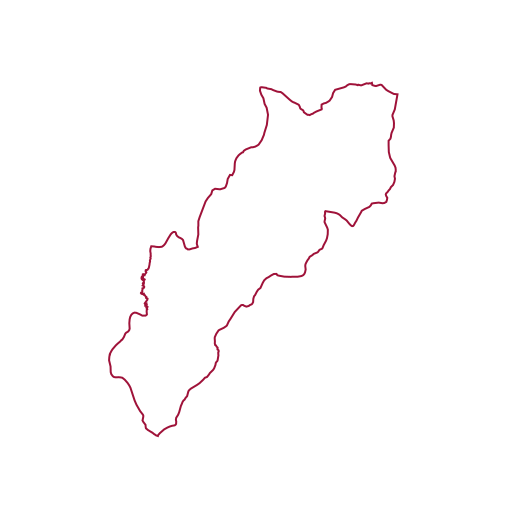 Sekadau, Kalimantan Barat, Indonesia, rotated 198°
{"feature_id": "22746128B16160803458764", "entity_name": "Sekadau", "entity_type": "district", "adm_level": 2, "iso_a3": "IDN", "parent_name": "Indonesia", "parent_adm1": "Kalimantan Barat", "projection": "orthographic", "projection_center": [111.051, 0.054], "detail": "fine", "context": "isolated", "style": "outline", "palette": "rose", "viewbox_px": 512, "rotation_deg": 198, "n_neighbors": 0, "source": "geoboundaries", "source_scale": "gbopen_adm2", "svg_char_len": 6104}
<svg xmlns="http://www.w3.org/2000/svg" viewBox="0 0 512 512"><g transform="rotate(198 256 256)"><path d="M304.0,417.2L303.3,414.4L300.8,411.1L297.7,408.3L294.8,403.3L291.7,400.3L288.2,394.0L286.2,384.0L286.1,375.6L285.9,373.7L286.4,367.9L287.9,362.8L288.7,361.7L290.5,359.8L292.5,358.5L294.2,357.9L298.6,354.2L300.1,352.3L300.4,350.6L301.3,350.0L302.9,347.7L303.7,346.3L304.8,343.1L305.0,341.4L305.1,339.6L304.8,337.6L303.1,331.2L303.0,329.2L303.6,325.5L305.8,325.1L306.7,320.5L306.1,316.4L306.2,312.6L306.9,311.0L310.8,308.3L315.7,307.3L317.8,304.9L317.7,301.0L319.7,296.3L320.8,292.3L321.6,275.7L321.6,271.3L320.2,267.1L319.9,265.4L317.5,258.6L316.7,252.1L316.2,249.7L315.7,248.7L314.2,246.7L316.4,244.8L318.7,243.6L321.3,241.7L322.9,241.2L323.9,241.6L324.8,241.6L325.6,242.1L326.0,242.6L326.4,242.8L330.3,248.6L331.6,249.3L333.3,249.7L335.2,249.9L337.1,250.6L338.6,251.8L339.1,252.9L339.8,253.6L340.4,253.8L340.9,253.7L341.9,253.3L342.3,252.9L343.1,251.8L343.8,250.3L344.9,245.9L346.1,239.8L346.9,237.8L348.0,236.1L348.6,235.6L351.0,234.5L353.9,233.8L355.7,233.6L358.6,232.9L358.6,230.2L358.1,228.0L356.9,225.7L356.5,224.3L356.0,223.4L356.0,221.8L355.5,221.3L355.5,218.9L355.0,217.9L355.0,216.7L354.6,214.7L354.3,211.8L354.4,210.7L354.6,210.5L354.9,209.4L355.5,208.9L356.3,208.7L356.5,208.4L356.3,207.4L355.3,206.7L355.2,206.4L355.8,204.9L356.0,203.4L357.6,203.9L358.0,203.6L357.9,203.2L357.4,203.1L357.3,202.6L358.2,201.0L358.1,199.6L357.5,198.7L357.3,198.6L356.9,198.7L356.9,199.2L357.2,199.5L357.4,200.1L357.2,200.8L356.9,201.0L356.3,199.0L356.3,198.2L356.0,198.1L354.9,199.4L354.6,199.3L354.6,199.1L355.1,198.5L355.2,198.2L354.2,195.7L354.2,195.1L354.4,195.0L355.1,195.3L355.2,195.0L353.9,193.6L353.9,193.3L354.5,193.2L354.6,192.9L353.7,192.8L352.8,192.2L352.7,191.8L352.8,191.1L354.0,190.1L353.6,189.4L353.6,188.1L353.2,187.3L353.1,186.8L353.3,186.1L354.0,185.6L354.0,185.2L353.3,184.7L352.1,184.7L351.8,184.9L351.6,185.3L351.0,185.5L350.6,184.4L349.6,184.4L348.5,183.4L347.6,183.2L347.4,182.8L347.6,182.2L347.4,182.0L346.0,181.9L345.8,180.8L347.2,176.5L346.9,176.2L345.5,176.8L345.5,175.9L345.6,175.5L346.0,175.1L346.0,174.6L345.6,174.7L345.2,175.4L344.8,175.5L344.8,174.3L343.5,174.1L343.5,173.6L344.3,173.5L344.4,173.1L343.0,171.7L343.3,171.3L343.3,170.9L343.0,170.2L342.9,169.5L341.7,166.7L341.9,166.1L342.6,165.2L345.5,164.2L346.1,164.2L348.0,164.6L352.2,165.0L354.1,164.6L355.5,163.3L356.4,161.6L356.8,159.3L356.6,156.7L355.7,152.9L353.7,147.8L353.7,146.2L354.3,144.6L355.8,142.9L356.3,141.8L356.6,138.1L357.4,135.0L357.9,134.7L358.7,132.8L360.5,129.9L361.7,127.7L363.6,123.1L364.1,121.3L364.7,117.8L364.7,117.2L364.4,117.0L364.5,115.8L364.2,114.2L363.5,111.4L360.2,106.0L358.3,100.7L357.1,98.9L355.0,97.4L353.6,97.0L351.8,97.3L349.1,98.3L347.3,98.7L345.5,98.9L342.6,97.8L338.9,95.6L336.5,93.7L334.7,91.9L326.8,81.1L323.7,77.6L318.3,72.7L314.6,70.2L314.0,69.6L313.7,68.9L313.5,68.1L313.1,64.5L311.8,63.3L308.9,61.3L308.1,59.3L307.4,58.1L305.0,57.1L299.5,55.8L297.8,55.1L297.5,55.1L295.6,54.5L294.5,54.5L293.7,54.5L293.8,55.2L292.7,57.8L289.8,62.7L287.3,65.4L285.3,67.2L283.3,68.6L281.0,69.8L280.4,70.6L280.1,71.6L280.7,73.9L281.6,75.5L281.9,77.5L281.0,80.9L280.8,83.7L281.1,90.2L280.8,93.0L280.8,94.2L280.3,96.2L279.6,97.2L279.1,99.4L278.2,101.4L278.5,106.5L278.0,108.0L276.9,109.8L272.3,115.1L270.4,117.6L267.9,122.2L267.0,124.4L265.2,125.8L264.1,128.7L263.7,130.4L261.6,134.4L261.1,136.2L260.9,139.9L261.2,141.8L260.9,143.1L260.4,143.9L260.3,145.0L261.1,150.2L261.7,151.2L261.8,152.0L262.2,152.8L262.0,153.3L262.1,154.1L262.7,154.9L263.7,155.2L264.0,155.6L264.0,156.4L264.2,157.0L265.6,157.7L266.4,158.6L267.3,158.7L268.2,160.2L268.6,161.8L269.9,165.1L270.1,166.1L269.7,169.8L268.6,173.7L267.8,174.6L264.5,177.7L262.5,180.3L262.2,181.0L261.7,185.4L260.9,188.1L258.9,196.2L255.0,204.5L254.2,205.1L253.1,205.4L251.8,205.0L249.5,204.9L247.5,206.2L246.6,207.5L245.2,208.7L244.8,209.5L244.5,211.3L245.3,214.4L245.4,217.1L244.8,218.5L244.2,222.3L243.5,224.7L241.9,226.9L241.3,232.5L240.7,235.4L239.2,238.1L237.5,239.8L235.6,242.2L233.5,244.4L231.0,245.3L229.7,244.3L227.9,244.4L222.7,245.1L216.5,246.9L214.8,247.6L210.1,249.1L206.9,250.8L205.9,251.6L205.1,252.5L204.5,253.9L204.3,255.6L204.6,258.5L206.1,261.8L206.4,263.4L206.2,265.3L205.7,267.9L205.0,269.9L204.7,271.8L202.6,274.3L201.8,275.8L198.7,278.4L198.3,279.0L197.5,281.5L195.5,283.3L195.2,284.1L195.0,287.2L194.1,292.2L194.0,294.8L194.5,298.8L195.8,303.2L197.0,304.9L201.2,309.3L201.5,310.1L201.8,313.1L202.4,314.2L203.2,315.2L203.4,317.7L204.2,319.9L204.6,320.0L194.7,321.5L192.4,321.6L190.3,321.3L188.7,320.8L186.0,319.4L182.8,318.5L180.8,317.8L177.4,315.6L175.4,314.5L174.0,314.1L173.3,314.3L172.8,314.7L172.4,315.9L172.0,318.3L171.4,320.5L170.9,324.1L169.6,330.2L169.4,331.7L167.0,334.4L163.4,337.7L162.5,339.5L162.1,341.6L160.6,342.5L155.8,344.7L151.9,345.3L150.3,346.1L148.8,347.7L148.8,349.8L149.1,351.9L150.7,353.3L151.6,354.6L151.6,355.7L150.7,357.4L150.0,359.6L149.3,361.0L149.0,363.2L147.6,365.9L147.3,369.3L147.7,372.4L149.0,374.7L149.4,378.9L149.2,379.4L149.8,381.3L150.6,383.1L152.1,384.9L158.5,390.6L159.2,391.6L161.8,395.9L164.1,402.3L165.5,406.6L164.4,409.1L164.5,411.1L164.9,412.9L165.1,414.9L164.6,420.7L165.8,424.9L166.9,427.4L169.4,431.0L169.8,432.3L169.3,438.3L171.4,453.5L175.0,452.7L181.1,453.7L183.5,454.3L189.4,457.5L190.8,457.3L194.4,454.7L195.9,454.5L198.2,454.5L199.3,456.5L200.5,455.4L201.3,455.4L202.2,454.9L202.3,454.7L204.2,454.4L208.5,450.9L209.0,450.7L211.7,450.5L212.0,449.9L214.2,449.9L219.2,448.7L220.4,448.2L221.9,446.7L223.0,444.9L224.6,443.5L232.1,438.5L233.0,434.8L232.8,430.7L234.0,426.5L235.0,425.2L236.8,423.2L238.6,422.1L240.4,420.3L239.7,417.7L238.9,416.3L238.9,415.7L243.2,412.1L245.3,409.9L246.0,408.8L247.1,408.1L248.5,406.6L249.4,406.6L250.7,406.2L254.9,407.5L255.3,408.2L256.2,409.1L259.1,409.8L259.8,410.4L260.5,411.5L261.9,412.9L262.4,413.1L267.2,413.8L267.7,413.7L269.7,414.1L272.1,415.0L281.1,419.0L283.2,419.6L284.8,419.2L286.6,418.9L291.2,419.1L292.9,419.4L297.1,418.8L298.2,419.1L302.7,418.3L303.9,417.7L304.0,417.2Z" fill="none" stroke="#9f1239" stroke-width="2"/></g></svg>